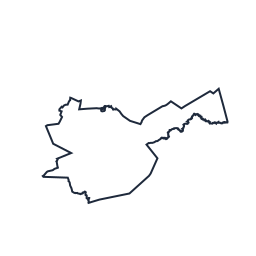 the district of Hardenberg, Overijssel, Netherlands, rotated 148°
{"feature_id": "6326949B3638629214663", "entity_name": "Hardenberg", "entity_type": "district", "adm_level": 2, "iso_a3": "NLD", "parent_name": "Netherlands", "parent_adm1": "Overijssel", "projection": "natural_earth1", "projection_center": [6.49, 52.57], "detail": "fine", "context": "isolated", "style": "outline", "palette": "slate", "viewbox_px": 256, "rotation_deg": 148, "n_neighbors": 0, "source": "geoboundaries", "source_scale": "gbopen_adm2", "svg_char_len": 5383}
<svg xmlns="http://www.w3.org/2000/svg" viewBox="0 0 256 256"><g transform="rotate(148 128 128)"><path d="M190.1,82.4L161.5,71.7L135.5,76.3L132.9,77.4L119.1,86.7L121.1,104.1L118.4,104.3L118.0,103.9L116.4,103.3L115.3,102.5L113.3,102.0L111.2,102.0L110.2,101.4L109.7,101.3L108.3,101.5L106.5,101.4L105.7,101.8L105.4,101.8L105.1,101.9L104.9,101.8L104.8,101.6L104.7,101.6L104.6,101.4L104.2,101.4L104.1,101.6L103.5,101.1L103.5,100.8L103.5,100.5L103.3,100.4L103.2,100.2L102.5,100.5L102.2,100.3L102.0,100.2L102.0,99.9L101.7,99.7L102.0,99.7L102.1,99.3L101.8,99.0L101.8,98.7L101.7,98.4L100.7,98.2L100.2,98.4L99.7,98.5L98.7,98.8L98.1,98.8L97.8,99.0L97.9,99.5L98.1,100.0L97.8,100.3L97.5,100.4L97.3,101.4L97.1,101.5L96.8,102.0L96.7,102.2L96.8,102.9L96.4,103.2L95.5,103.0L95.4,103.2L94.4,103.4L94.3,103.5L94.2,103.7L93.9,103.6L93.9,103.9L93.7,104.2L93.2,104.0L92.5,103.5L92.1,103.5L91.4,103.7L90.5,103.5L90.2,103.4L90.1,103.2L89.6,103.1L89.3,102.9L89.1,103.0L88.9,103.2L88.7,103.0L88.4,103.0L87.2,102.4L87.1,102.2L86.5,101.9L86.4,101.7L86.3,101.3L85.9,101.3L85.7,101.0L85.7,100.7L86.0,100.6L86.2,100.4L86.1,99.8L85.4,98.9L85.3,98.6L84.9,97.8L84.9,97.7L85.4,97.6L85.4,97.4L85.2,97.2L85.1,96.7L84.3,96.4L84.2,96.5L83.8,96.7L83.6,96.5L83.0,96.5L82.9,96.7L83.0,97.0L82.4,97.2L82.1,97.8L82.3,97.9L82.3,98.1L82.5,98.2L82.5,98.5L82.1,98.4L81.8,98.6L81.4,98.6L81.4,98.8L80.1,99.3L79.7,99.6L79.6,100.2L79.3,100.3L79.2,100.4L79.2,100.6L79.1,101.1L79.1,101.4L78.5,101.3L78.3,101.6L78.0,101.6L77.5,101.4L76.6,101.1L76.1,100.8L76.1,100.6L75.9,100.4L75.8,100.2L75.5,100.2L75.2,100.0L74.8,100.2L74.7,100.3L74.0,100.5L73.8,100.5L73.7,101.0L73.7,101.6L74.1,102.1L73.9,102.1L73.6,102.5L72.9,102.7L72.9,102.8L71.7,102.9L70.8,102.4L70.2,102.5L70.1,102.4L70.1,102.2L69.5,102.1L68.6,102.4L68.6,102.6L68.4,102.8L68.5,103.0L68.1,103.1L68.0,103.3L67.7,103.5L67.6,103.9L66.6,103.9L66.3,104.2L65.6,104.3L65.2,104.7L64.4,105.1L64.2,105.0L64.1,104.7L64.1,104.4L64.3,104.3L64.2,103.8L63.9,103.2L63.5,103.3L62.9,103.6L62.7,103.4L62.3,103.3L62.4,103.1L62.2,103.0L62.1,102.9L61.3,102.6L61.1,102.1L61.5,101.8L61.4,101.7L61.4,101.4L61.2,101.2L61.4,101.2L61.6,100.9L61.6,100.7L61.4,100.5L61.2,100.4L61.2,100.1L60.8,100.1L60.8,99.8L60.1,99.3L60.1,99.0L59.9,98.8L60.5,98.5L60.6,98.2L60.8,98.0L60.7,97.6L60.3,97.4L60.3,97.2L60.7,97.1L60.7,96.9L60.4,96.8L60.6,96.6L60.4,96.4L60.5,96.3L60.3,96.0L60.2,95.9L59.8,95.9L59.8,95.7L59.5,95.8L59.3,95.4L59.4,95.1L59.2,94.9L59.2,94.5L58.8,94.6L58.6,94.5L58.2,94.4L58.4,94.0L58.0,93.6L58.1,93.3L58.0,93.1L58.5,92.8L58.4,92.5L57.8,92.5L57.7,92.1L57.4,92.0L57.3,91.7L57.1,91.6L57.0,91.4L56.1,91.4L56.1,91.1L55.6,90.6L55.6,90.4L56.0,90.5L56.1,90.3L56.1,89.9L55.7,89.6L56.3,89.3L56.2,88.9L56.2,88.6L56.2,88.4L55.7,88.3L55.3,87.9L54.5,87.3L54.2,87.1L53.8,87.3L53.7,87.0L53.0,87.1L52.4,86.8L52.1,86.8L51.8,87.0L51.5,86.9L51.7,86.5L51.6,86.3L51.5,85.9L51.2,85.8L51.0,85.4L50.9,85.6L50.6,85.5L50.2,85.6L49.6,85.2L48.9,85.2L49.1,85.0L49.0,84.7L48.3,84.6L48.1,84.3L47.9,84.3L47.8,84.1L47.4,84.1L46.5,82.5L45.7,82.1L45.6,82.3L45.2,82.5L44.9,82.4L44.8,82.2L44.5,82.3L44.1,81.9L43.7,82.2L43.4,82.2L43.0,82.0L42.7,81.6L42.8,81.1L42.2,80.8L41.8,80.9L41.6,80.6L41.2,80.2L40.8,80.0L40.3,80.5L40.1,81.0L35.4,96.1L30.3,113.2L37.3,112.1L38.9,115.7L68.0,116.4L72.3,116.3L77.5,127.9L80.9,127.4L83.1,127.2L84.5,127.3L86.3,127.8L87.2,128.2L104.6,128.5L108.4,128.4L111.9,127.0L112.8,126.4L113.2,125.9L115.4,124.7L122.5,133.0L125.8,140.7L126.2,143.6L126.3,146.5L127.7,150.4L127.9,150.1L128.5,150.1L128.7,150.3L128.9,150.6L129.3,150.9L130.1,151.2L130.6,151.3L130.9,151.5L130.9,151.8L130.6,152.2L130.5,152.5L130.8,153.1L131.3,154.3L131.1,154.8L130.7,155.2L130.7,155.3L130.7,155.5L131.0,155.5L132.2,155.4L132.9,155.7L132.7,156.2L132.7,156.6L132.5,156.8L132.5,157.0L134.4,157.6L135.8,158.9L136.1,159.0L136.8,158.8L137.2,158.5L137.2,158.3L137.1,158.1L136.4,157.4L137.4,156.6L138.2,155.3L139.0,155.0L140.4,155.5L141.1,155.8L141.3,156.1L141.6,156.5L141.5,157.0L141.2,157.6L140.6,157.9L140.2,157.8L139.2,157.4L138.9,157.3L138.7,157.5L138.6,157.8L138.7,158.2L139.1,158.7L139.6,158.9L140.5,159.0L141.0,159.2L141.1,159.4L142.0,159.7L144.1,161.4L152.2,165.9L159.5,169.7L155.5,173.7L153.4,176.3L155.9,176.8L160.3,183.6L160.8,184.2L160.9,184.3L162.4,182.2L162.9,182.3L164.3,181.6L166.8,179.8L168.6,180.8L170.5,181.0L172.6,180.2L173.0,181.2L176.3,180.2L177.0,179.1L175.5,177.3L178.5,175.0L178.1,172.3L182.6,169.5L184.7,168.4L194.9,173.1L196.6,173.1L198.9,159.4L199.8,154.3L189.5,136.9L204.4,139.5L204.3,139.1L204.4,138.8L204.4,138.5L206.0,137.8L205.9,137.7L206.1,137.5L206.1,137.3L206.4,137.1L208.3,132.5L208.3,131.9L208.5,131.5L212.0,132.3L213.8,132.1L214.5,132.2L218.8,133.7L219.6,133.8L220.3,133.7L224.5,132.4L225.7,132.4L225.6,131.4L205.4,117.8L205.9,115.3L206.6,114.5L206.3,113.7L206.4,112.6L207.5,110.0L207.6,109.4L207.8,107.5L207.8,107.2L208.0,106.8L208.1,106.1L209.0,103.6L208.0,101.6L207.2,100.7L206.8,100.7L206.1,100.1L205.4,99.8L205.2,99.1L203.8,97.8L203.5,97.2L202.6,97.2L201.8,96.9L201.8,96.7L201.3,96.7L200.9,96.6L200.5,97.2L199.6,96.9L198.4,97.0L197.9,96.4L197.9,95.8L198.7,95.2L199.3,94.1L199.5,93.6L199.2,93.3L198.9,93.1L199.0,92.8L198.9,92.3L199.1,92.0L199.6,91.6L199.8,91.0L200.2,90.6L200.3,90.3L200.0,89.7L199.8,89.6L199.0,89.4L198.4,89.5L198.0,89.2L198.4,88.7L199.1,88.4L199.7,88.3L199.9,88.2L200.0,88.0L199.9,87.0L200.1,86.6L200.9,86.0L201.1,85.4L190.1,82.4Z" fill="none" stroke="#1e293b" stroke-width="2"/></g></svg>